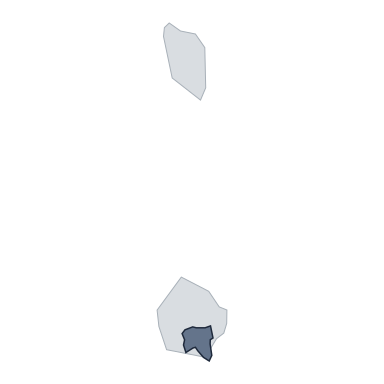 location of Saint Paul within Antigua and Barbuda
{"feature_id": "ATG-5096", "entity_name": "Saint Paul", "entity_type": "Parish", "adm_level": 1, "iso_a3": "ATG", "parent_name": "Antigua and Barbuda", "parent_adm1": "", "projection": "equal_earth", "projection_center": [-61.766, 17.027], "detail": "fine", "context": "in_parent", "style": "filled", "palette": "slate", "viewbox_px": 384, "rotation_deg": 0, "n_neighbors": 0, "source": "natural_earth", "source_scale": "10m", "svg_char_len": 678}
<svg xmlns="http://www.w3.org/2000/svg" viewBox="0 0 384 384"><path d="M216.5,338.7L205.3,357.3L166.6,349.7L158.9,326.5L157.1,310.1L181.3,277.1L208.7,291.3L219.2,306.9L226.9,310.0L226.7,323.4L223.8,333.1L216.5,338.7ZM205.7,87.8L200.5,100.1L172.2,78.0L163.5,36.4L164.4,27.6L169.2,23.0L180.5,31.0L195.4,34.0L204.8,47.6L205.7,87.8Z" fill="#d9dde1" stroke="#a8b0b8" stroke-width="1"/><path d="M213.0,338.0L210.3,339.7L210.1,343.9L211.8,355.4L209.2,361.0L203.5,357.4L197.8,350.8L195.4,347.3L193.0,348.0L185.9,352.5L183.5,345.0L184.6,339.8L182.1,333.6L185.0,329.8L192.7,326.9L196.3,327.8L205.1,327.8L210.5,325.9L213.0,338.0Z" fill="#64748b" stroke="#1e293b" stroke-width="1.5"/></svg>